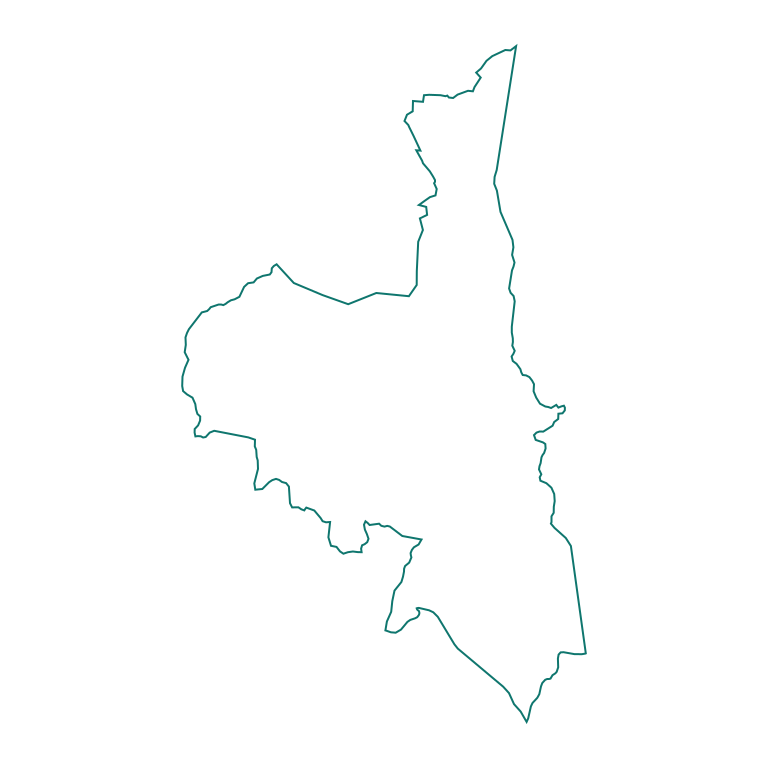 the Region of Assaba
{"feature_id": "MRT-2789", "entity_name": "Assaba", "entity_type": "Region", "adm_level": 1, "iso_a3": "MRT", "parent_name": "Mauritania", "parent_adm1": "", "projection": "natural_earth1", "projection_center": [-11.553, 16.707], "detail": "fine", "context": "isolated", "style": "outline", "palette": "teal", "viewbox_px": 768, "rotation_deg": 0, "n_neighbors": 0, "source": "natural_earth", "source_scale": "10m", "svg_char_len": 3780}
<svg xmlns="http://www.w3.org/2000/svg" viewBox="0 0 768 768"><path d="M526.6,721.9L520.7,711.6L514.0,704.1L509.0,693.1L503.2,686.7L457.8,648.6L454.4,644.3L437.8,616.8L433.3,612.3L429.1,610.3L418.8,607.9L417.2,608.1L416.7,608.3L417.0,609.2L417.4,609.8L418.1,610.4L418.8,610.9L419.2,611.9L419.4,613.0L419.2,614.1L418.8,615.1L417.2,617.2L415.1,618.3L410.3,619.9L407.4,621.9L401.0,629.6L395.7,632.7L390.9,632.3L386.1,630.6L385.4,630.4L386.9,621.5L391.2,611.8L392.3,601.1L394.5,590.6L401.4,582.0L403.0,576.7L404.0,571.6L404.1,568.7L405.1,566.0L409.2,562.6L411.4,557.4L410.9,555.5L410.6,553.1L411.9,549.9L413.9,547.3L418.6,544.5L421.5,539.5L402.3,536.0L389.8,526.5L387.2,525.9L384.5,526.6L381.3,525.8L379.1,523.7L369.6,525.0L367.6,522.9L365.5,521.3L364.0,524.7L364.9,529.6L366.9,534.1L368.5,538.8L367.2,542.2L364.6,544.2L362.1,545.3L361.1,548.7L361.6,552.2L357.8,552.1L352.9,551.5L347.9,552.2L343.4,553.7L340.0,551.4L336.5,546.9L331.0,545.8L328.4,537.3L330.1,522.0L326.0,522.3L322.6,521.2L320.6,518.0L314.3,510.5L306.3,507.6L305.1,509.1L304.3,510.4L301.3,509.3L298.4,507.3L292.1,507.4L290.0,503.2L288.9,486.6L286.1,483.1L282.0,482.0L279.1,479.9L276.0,478.9L272.3,480.1L269.1,482.2L262.3,489.0L255.3,489.7L254.3,483.4L258.0,468.9L257.7,460.4L256.7,457.0L256.2,449.8L254.8,446.4L255.0,439.7L248.3,437.4L214.2,430.8L209.7,432.6L205.7,437.0L203.1,437.5L200.8,436.3L197.8,436.1L195.4,436.4L194.6,432.6L194.7,429.0L198.1,425.4L200.1,420.6L200.2,416.5L197.4,413.9L196.0,409.2L195.3,404.1L192.5,397.7L187.0,394.4L183.1,391.1L182.2,386.0L182.5,376.6L185.0,367.8L188.5,359.8L184.7,352.2L185.8,344.9L185.5,337.4L187.0,333.0L188.9,329.2L201.8,312.4L207.2,311.0L209.2,309.1L210.7,307.2L218.7,304.5L221.1,304.5L223.3,305.1L225.6,303.9L227.6,302.3L230.9,300.3L234.6,299.3L239.4,296.8L244.1,286.9L248.1,283.2L253.6,282.4L256.9,278.5L262.8,275.9L269.8,274.5L271.5,272.2L271.8,268.3L273.8,266.0L276.6,264.3L293.8,283.0L322.6,295.1L348.2,304.2L376.3,293.0L408.9,296.2L416.7,285.0L416.8,271.2L418.2,241.8L422.9,230.0L419.9,218.4L427.1,214.9L426.2,206.9L418.9,205.0L424.3,201.1L430.0,197.1L435.5,195.4L436.7,189.0L434.1,183.2L435.0,181.8L435.0,180.1L433.1,176.6L429.8,171.3L423.0,163.3L422.1,160.7L416.3,150.3L420.4,150.6L413.6,136.0L409.2,127.1L408.3,125.0L404.5,121.0L407.0,114.7L412.7,111.3L413.0,101.0L423.0,101.8L424.0,95.2L429.2,94.8L440.5,95.2L445.5,96.2L447.3,95.6L448.9,97.5L453.1,98.0L457.6,94.6L468.0,90.8L472.9,91.3L474.5,87.1L480.7,77.6L476.2,72.6L481.0,68.5L486.5,60.8L492.3,56.1L505.3,50.0L510.5,50.4L516.1,46.1L496.7,170.0L494.6,176.9L494.2,183.8L496.9,190.6L500.5,211.9L512.5,239.9L513.4,247.3L512.1,254.9L514.5,262.5L513.5,266.6L512.0,270.4L509.1,288.5L510.6,292.8L513.6,296.0L514.7,301.3L511.8,326.7L511.8,332.6L512.8,338.3L512.9,342.0L512.3,345.7L514.7,350.8L513.4,353.8L511.6,356.5L512.8,361.0L516.6,363.9L520.4,369.2L521.3,372.4L522.7,375.0L526.1,375.4L529.4,377.1L532.1,380.6L534.0,384.2L533.6,391.3L536.2,397.6L540.0,403.7L545.3,406.5L548.2,407.0L551.1,408.0L556.3,404.9L558.4,407.6L561.3,406.4L563.9,405.7L564.9,407.7L564.8,410.4L562.5,413.3L558.4,413.7L558.2,419.0L554.2,422.0L552.6,425.7L543.3,431.6L539.6,431.5L536.5,432.6L534.0,435.1L535.7,439.9L543.0,442.4L545.3,444.0L545.6,448.5L544.1,453.0L542.6,455.0L541.5,457.3L540.6,463.2L539.5,466.2L539.0,469.4L541.3,474.3L539.7,477.3L540.4,480.7L546.4,483.2L551.4,487.7L554.2,494.0L554.7,501.1L553.8,506.8L553.7,512.8L551.5,516.3L551.5,522.2L550.9,523.6L554.5,527.9L565.8,538.0L570.9,546.0L585.8,653.4L585.3,653.6L581.8,654.2L574.3,654.1L563.5,652.2L560.6,652.4L558.6,654.6L557.9,658.6L558.2,667.3L556.7,671.8L555.4,673.3L552.5,675.2L550.5,678.6L549.0,679.0L547.2,679.0L545.2,679.8L542.3,683.0L541.0,686.4L539.3,694.2L537.3,697.8L532.5,703.0L530.9,706.4L528.2,718.4L526.6,721.9Z" fill="none" stroke="#0f766e" stroke-width="2"/></svg>